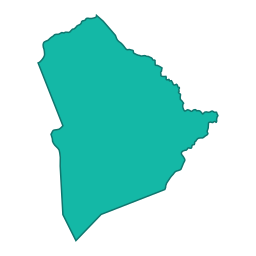 the district of San Isidro, Intibucá, Honduras
{"feature_id": "27666195B3515972016416", "entity_name": "San Isidro", "entity_type": "district", "adm_level": 2, "iso_a3": "HND", "parent_name": "Honduras", "parent_adm1": "Intibucá", "projection": "mercator", "projection_center": [-88.099, 14.565], "detail": "fine", "context": "isolated", "style": "filled", "palette": "teal", "viewbox_px": 256, "rotation_deg": 0, "n_neighbors": 0, "source": "geoboundaries", "source_scale": "gbopen_adm2", "svg_char_len": 5630}
<svg xmlns="http://www.w3.org/2000/svg" viewBox="0 0 256 256"><path d="M101.1,214.4L164.8,189.5L165.2,188.6L165.6,187.4L165.7,186.1L165.9,185.2L166.7,183.0L170.3,177.6L171.2,176.4L173.3,174.1L174.5,172.5L175.1,171.9L175.7,171.5L176.4,171.1L178.7,170.4L180.4,169.7L180.6,169.5L180.9,169.3L181.4,168.2L183.5,163.1L184.6,161.0L184.8,160.5L184.8,160.0L184.8,159.6L184.7,159.2L184.3,158.4L183.3,156.7L182.1,155.1L181.8,154.7L181.5,154.2L181.4,153.7L181.4,153.1L181.5,152.5L181.8,152.1L182.1,151.7L182.4,151.4L183.0,151.0L184.6,150.4L185.1,150.3L186.0,150.2L186.3,150.1L187.2,149.2L187.9,148.2L188.3,148.0L188.7,147.9L189.2,147.9L189.9,148.2L190.5,148.2L190.9,148.2L191.2,148.1L191.5,147.8L191.7,147.3L191.8,147.0L191.9,146.1L192.0,145.6L192.2,145.3L192.3,145.1L192.6,145.0L193.2,144.8L194.0,144.6L194.3,144.5L194.4,144.2L194.5,143.8L194.6,143.5L194.5,143.0L194.6,142.8L194.7,142.2L194.9,141.8L195.2,141.5L195.6,141.3L195.9,141.0L196.7,139.7L197.2,139.2L197.8,138.6L198.2,138.4L198.5,138.2L199.2,138.1L200.8,137.9L202.2,137.9L202.6,137.9L203.0,137.7L203.4,137.5L203.7,137.3L205.4,135.9L206.9,135.0L207.4,134.5L207.6,134.2L207.8,133.9L207.9,133.7L207.9,133.4L207.8,133.1L207.4,132.4L207.2,131.7L207.1,131.3L208.2,128.0L208.5,123.1L208.6,122.9L208.8,122.6L209.3,122.3L209.8,122.2L210.3,122.1L210.8,122.1L211.1,122.2L211.7,122.4L212.1,122.5L212.4,122.5L212.8,122.5L213.0,122.4L213.3,122.1L213.7,121.8L214.2,121.6L214.7,121.5L214.9,121.5L215.2,121.6L215.6,121.9L216.0,122.3L216.3,122.2L216.5,121.7L216.7,121.2L216.7,120.7L216.6,119.9L216.6,119.4L216.7,118.7L216.9,117.7L217.2,116.8L217.4,116.4L217.8,116.0L217.8,115.8L217.9,115.6L217.8,115.2L217.3,114.5L217.0,113.7L216.5,112.3L216.0,112.2L215.5,112.2L215.0,112.2L214.5,112.3L214.4,112.3L212.7,111.2L212.2,111.1L211.9,111.1L211.6,111.2L210.8,111.5L209.8,112.1L209.3,112.2L208.9,112.3L208.4,112.3L206.2,111.9L205.6,112.0L205.1,112.1L204.7,112.2L204.3,112.6L203.7,113.1L203.2,113.7L203.1,113.8L202.8,113.9L202.5,113.9L202.4,113.7L202.0,113.2L201.0,112.1L200.5,111.5L199.8,111.0L199.4,110.8L198.8,110.7L197.5,110.7L196.6,110.7L196.4,110.7L196.2,110.3L195.9,109.9L195.6,109.7L195.2,109.7L194.6,109.7L194.1,109.8L193.8,109.9L193.3,110.1L192.8,110.6L192.2,111.0L191.9,111.2L191.4,111.3L191.0,111.3L190.7,111.2L190.4,111.0L190.0,110.6L189.7,110.5L188.6,110.0L187.6,109.8L187.4,109.8L187.2,109.9L185.7,110.9L185.0,110.9L184.5,110.9L184.3,110.7L184.1,110.4L183.5,109.3L182.9,107.7L182.7,106.6L182.7,106.2L182.8,105.7L182.7,105.1L182.8,104.5L183.0,104.2L183.2,103.9L183.6,103.2L182.9,102.3L181.9,100.9L181.5,100.5L180.9,99.9L180.4,99.5L180.2,97.2L180.2,96.6L180.4,96.1L180.4,95.8L180.5,94.9L180.5,94.4L180.4,94.2L180.2,94.0L179.5,93.6L179.1,93.2L178.8,92.8L178.5,92.3L178.5,92.0L178.6,91.9L178.9,91.7L179.0,91.6L179.1,91.1L179.1,90.9L178.9,90.3L178.8,89.5L178.9,89.1L179.2,88.7L179.3,88.4L179.4,88.0L179.3,87.6L179.1,87.4L178.8,87.5L178.6,87.4L178.3,87.2L178.1,87.1L177.8,86.6L177.4,85.3L177.0,84.7L176.5,84.4L176.4,84.3L175.7,84.6L174.7,85.0L174.3,85.0L174.0,84.9L173.8,84.8L173.5,84.7L173.3,84.4L173.1,84.1L172.8,83.4L172.5,82.6L171.5,80.9L171.4,80.7L171.2,80.7L170.4,80.8L169.8,80.9L169.7,80.9L169.3,80.7L169.2,80.5L169.2,80.4L169.2,79.9L169.1,79.6L168.9,79.4L167.0,79.9L166.8,79.8L166.5,79.7L166.3,79.5L166.2,79.1L166.1,78.4L166.2,77.1L166.0,76.7L165.9,76.4L163.7,76.5L162.4,76.4L161.6,76.2L161.4,76.1L161.1,75.8L160.9,75.6L160.9,75.4L161.0,74.6L160.8,73.8L160.7,72.8L160.7,72.3L160.9,71.7L161.4,71.3L161.5,70.9L161.6,70.4L161.8,68.9L162.0,68.2L162.0,67.9L159.3,66.3L158.4,65.9L157.8,65.6L157.3,65.4L155.9,65.3L155.6,65.2L155.3,65.0L155.2,64.7L155.1,62.9L155.0,61.6L155.1,60.8L155.0,60.4L154.9,60.3L154.5,60.1L154.3,60.1L153.9,60.1L153.6,60.1L153.2,60.0L152.8,59.8L152.6,59.6L152.4,59.3L152.3,58.8L152.1,58.5L151.7,58.1L151.1,57.7L150.7,57.5L149.8,57.2L148.9,56.7L148.2,56.4L147.9,56.4L147.4,56.4L146.7,56.3L146.2,56.2L145.5,55.8L144.9,55.7L144.4,55.6L143.8,55.7L141.8,56.0L140.9,56.0L140.4,55.9L140.1,55.6L139.9,55.5L138.2,55.2L136.4,54.5L133.9,53.2L133.7,53.0L133.5,52.6L133.2,50.8L133.1,50.6L132.8,50.4L132.2,50.2L130.5,49.8L129.4,49.5L129.2,49.5L127.8,49.7L127.3,49.7L126.8,49.6L126.3,49.3L125.4,48.3L123.2,45.4L122.2,44.3L121.1,43.2L118.8,41.5L118.3,41.0L117.7,40.4L117.2,39.7L116.6,38.6L116.0,37.0L115.5,35.6L115.2,35.1L103.1,21.1L96.5,15.4L96.4,16.3L96.1,17.0L95.9,17.2L95.5,17.4L94.5,17.8L93.0,18.2L91.5,18.5L89.7,18.5L87.8,18.2L87.4,18.3L86.9,18.3L86.4,18.5L86.1,18.7L85.9,19.0L85.7,19.4L85.6,19.7L85.3,19.9L84.9,20.2L83.9,20.6L83.5,20.8L82.8,20.8L82.2,21.1L81.9,21.4L81.6,21.7L81.5,22.1L81.4,22.7L81.2,23.1L80.8,23.7L80.3,24.2L79.8,24.6L78.3,25.2L77.1,25.9L76.7,26.2L76.2,27.0L75.5,27.7L74.8,28.4L74.0,28.9L73.5,29.1L73.2,29.1L72.7,29.1L72.3,29.3L70.0,31.7L69.7,32.1L69.1,32.3L68.5,32.4L66.7,32.2L65.4,32.2L64.9,32.4L64.3,32.8L63.9,32.9L63.5,32.9L62.7,32.7L61.6,32.6L61.2,32.8L60.6,33.2L59.5,33.8L58.5,34.2L58.1,34.3L57.2,34.3L56.6,34.3L55.7,34.4L54.9,34.6L54.6,34.8L54.3,35.0L53.7,35.6L53.2,36.1L51.6,37.1L50.7,37.8L50.1,38.3L49.2,39.2L48.4,40.0L47.5,40.5L45.6,41.3L44.5,41.9L44.2,42.1L44.0,42.3L43.7,42.7L43.4,43.5L43.2,44.2L43.1,45.0L43.2,46.0L43.3,46.9L43.4,47.5L43.9,48.9L44.1,49.7L44.4,51.6L44.5,53.1L44.6,54.2L44.5,54.9L44.4,55.6L44.0,56.6L43.4,57.7L42.5,59.0L41.5,60.3L40.6,61.2L39.8,62.0L39.2,62.4L38.1,62.9L62.9,125.7L62.0,126.8L60.9,127.8L60.1,128.5L59.4,129.0L58.7,129.3L57.8,129.5L56.8,129.7L54.6,130.0L53.5,130.3L53.2,130.5L52.6,131.3L52.2,132.0L51.6,133.3L51.3,133.8L51.0,134.2L52.3,138.5L52.6,141.4L53.6,143.5L54.9,145.3L58.0,148.4L59.2,150.2L59.8,153.1L60.3,157.3L60.2,166.1L62.9,214.6L75.9,240.6L101.1,214.4Z" fill="#14b8a6" stroke="#0f766e" stroke-width="1.5"/></svg>